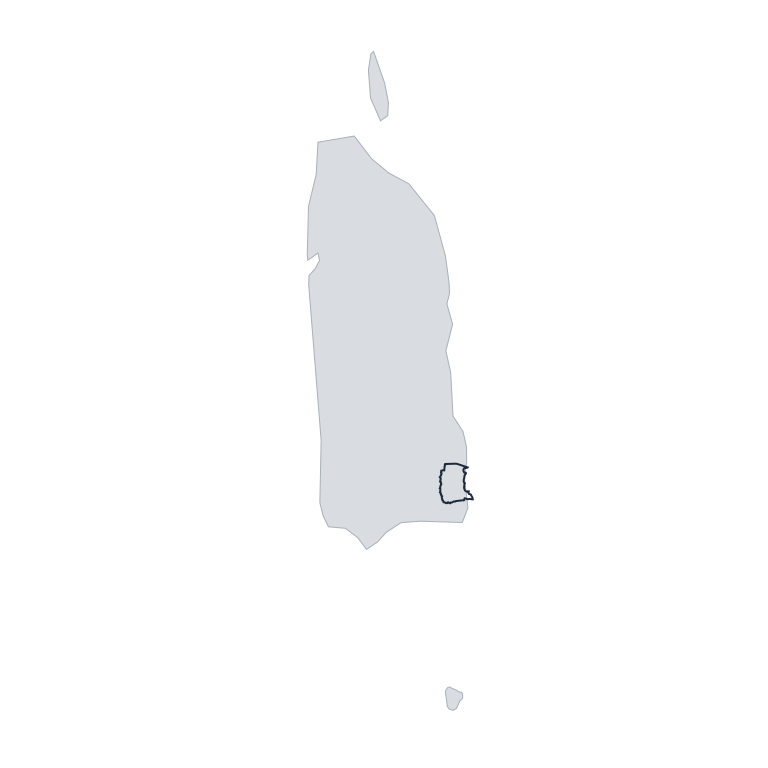 Lajas, Puerto Rico shown in context, rotated 264°
{"feature_id": "32010507B28103012902602", "entity_name": "Lajas", "entity_type": "district", "adm_level": 2, "iso_a3": "PRI", "parent_name": "Puerto Rico", "parent_adm1": "", "projection": "albers", "projection_center": [-67.049, 18.006], "detail": "fine", "context": "in_parent", "style": "outline", "palette": "slate", "viewbox_px": 768, "rotation_deg": 264, "n_neighbors": 0, "source": "geoboundaries", "source_scale": "gbopen_adm2", "svg_char_len": 2947}
<svg xmlns="http://www.w3.org/2000/svg" viewBox="0 0 768 768"><g transform="rotate(264 384 384)"><path d="M505.8,327.6L513.6,332.8L521.1,332.0L515.0,321.2L520.6,321.2L568.6,327.5L599.6,338.5L631.4,343.6L633.7,380.3L609.3,395.2L593.4,410.7L580.5,429.6L546.3,451.7L504.9,458.5L477.4,459.3L467.1,458.6L457.1,454.9L436.3,458.5L410.5,449.0L388.5,451.5L344.8,449.3L328.4,457.6L312.7,459.5L297.3,458.0L284.2,454.2L251.8,454.5L238.1,447.3L243.8,405.4L244.3,386.5L236.4,370.9L227.6,361.0L221.3,349.4L234.1,341.7L244.5,330.6L247.8,313.8L259.2,309.7L272.6,307.8L334.5,315.6L490.9,319.5L499.8,320.8L505.8,327.6ZM683.0,416.1L663.3,417.8L650.5,415.8L646.1,408.0L669.9,400.5L697.8,401.3L713.8,405.5L715.8,408.4L683.0,416.1ZM68.4,429.5L66.1,429.7L63.7,429.4L62.6,428.7L61.0,426.3L53.9,422.3L52.2,418.6L53.9,414.8L56.8,413.3L71.3,412.9L72.8,413.3L75.7,416.0L75.8,417.9L74.3,419.7L71.8,424.3L70.7,425.4L69.8,426.6L69.5,428.7L68.4,429.5Z" fill="#d9dde1" stroke="#a8b0b8" stroke-width="1"/><path d="M260.0,460.2L262.1,460.0L264.0,459.1L265.1,458.7L265.8,457.0L266.6,456.7L267.0,456.5L267.6,456.8L267.8,456.9L268.3,457.1L268.5,456.0L268.3,455.8L268.1,455.5L268.1,455.4L268.7,454.4L269.4,453.6L270.6,453.1L270.9,453.0L271.1,453.0L272.4,452.8L273.6,453.0L275.8,453.5L276.0,453.5L276.9,454.0L277.2,453.7L277.6,453.3L278.8,453.1L279.0,453.1L279.7,453.2L280.3,453.3L281.4,453.6L281.8,453.8L282.8,454.2L283.4,454.3L284.1,454.4L284.3,454.4L285.1,455.1L285.3,455.2L286.1,455.8L286.4,456.1L287.3,456.0L287.4,455.8L287.5,455.4L287.5,454.6L288.8,454.0L290.1,453.9L291.4,454.6L291.6,454.6L291.9,455.4L291.9,455.8L291.9,456.7L292.0,457.2L292.2,458.4L292.3,458.5L297.0,448.2L297.4,445.5L297.5,443.8L297.6,442.3L298.0,437.2L297.8,437.3L297.8,436.4L297.5,436.1L296.2,436.0L295.5,435.6L291.9,434.9L292.1,434.4L291.8,433.4L292.0,433.1L291.7,432.5L291.8,431.9L290.0,431.4L289.5,431.9L289.2,431.9L288.8,431.9L288.7,431.6L287.9,431.3L287.1,431.2L286.4,430.4L286.0,430.3L285.6,429.8L285.2,430.2L284.7,430.2L284.3,430.5L283.8,430.5L283.6,430.3L283.1,430.3L281.2,429.6L280.9,429.6L280.8,430.2L279.2,430.4L278.8,430.3L278.5,430.5L278.3,430.3L277.7,430.0L276.6,429.4L276.3,429.4L275.1,429.0L274.4,428.6L274.2,428.9L273.7,429.1L272.2,428.8L271.3,428.7L271.1,428.8L270.4,428.3L270.0,428.5L269.6,428.9L269.1,429.2L268.6,429.0L268.1,429.0L267.5,429.5L267.0,429.4L266.3,430.1L265.5,429.6L264.9,429.6L264.3,429.8L263.6,429.7L262.5,430.1L262.2,430.0L262.0,430.4L261.5,430.7L261.1,430.8L260.8,430.9L260.2,430.9L259.8,432.2L259.2,433.0L258.9,433.5L259.0,434.4L259.4,434.5L259.7,435.3L259.2,435.8L258.6,436.8L258.5,437.4L259.1,437.7L259.0,438.1L259.1,438.5L259.1,439.4L259.8,440.9L259.9,441.6L259.6,442.4L260.0,443.1L260.1,446.1L260.1,446.6L260.1,450.7L259.9,451.2L260.1,451.6L260.5,451.8L261.1,451.8L261.7,452.1L261.9,452.4L261.5,453.6L261.0,454.2L260.9,454.7L260.6,455.3L260.8,457.1L260.6,457.7L260.5,458.4L260.1,459.3L260.0,460.1L260.0,460.2Z" fill="none" stroke="#1e293b" stroke-width="2"/></g></svg>